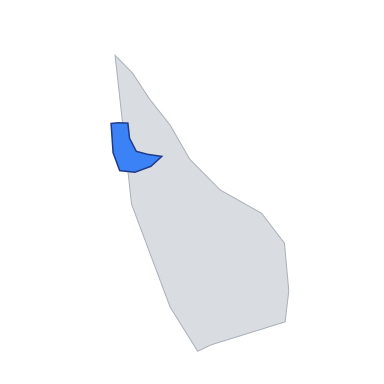 where Gamprin sits in Liechtenstein, rotated 337°
{"feature_id": "LIE-4897", "entity_name": "Gamprin", "entity_type": "state/province", "adm_level": 1, "iso_a3": "LIE", "parent_name": "Liechtenstein", "parent_adm1": "", "projection": "mercator", "projection_center": [9.505, 47.21], "detail": "fine", "context": "in_parent", "style": "filled", "palette": "blue", "viewbox_px": 384, "rotation_deg": 337, "n_neighbors": 0, "source": "natural_earth", "source_scale": "10m", "svg_char_len": 552}
<svg xmlns="http://www.w3.org/2000/svg" viewBox="0 0 384 384"><g transform="rotate(337 192 192)"><path d="M227.0,347.9L149.6,340.1L135.0,340.8L126.9,289.4L131.6,179.6L174.6,36.1L183.8,59.7L189.2,89.7L198.0,121.7L202.7,160.8L218.7,201.1L247.8,238.9L257.1,275.3L242.4,321.0L227.0,347.9Z" fill="#d9dde1" stroke="#a8b0b8" stroke-width="1"/><path d="M133.8,144.1L134.7,125.0L144.3,97.3L151.0,99.4L159.9,103.5L155.5,118.1L156.6,132.8L166.0,140.1L178.1,147.4L164.3,152.3L147.2,151.5L133.8,144.1Z" fill="#3b82f6" stroke="#1e3a8a" stroke-width="1.5"/></g></svg>